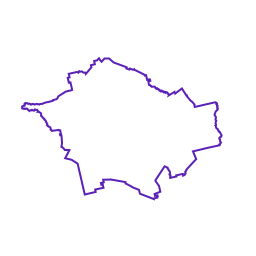 outline of Coonamble, New South Wales, Australia, rotated 159°
{"feature_id": "25037944B2591711256956", "entity_name": "Coonamble", "entity_type": "district", "adm_level": 2, "iso_a3": "AUS", "parent_name": "Australia", "parent_adm1": "New South Wales", "projection": "mercator", "projection_center": [148.081, -30.867], "detail": "fine", "context": "isolated", "style": "outline", "palette": "violet", "viewbox_px": 256, "rotation_deg": 159, "n_neighbors": 0, "source": "geoboundaries", "source_scale": "gbopen_adm2", "svg_char_len": 5618}
<svg xmlns="http://www.w3.org/2000/svg" viewBox="0 0 256 256"><g transform="rotate(159 128 128)"><path d="M49.0,79.1L48.9,79.5L48.6,79.3L48.5,79.5L48.1,79.6L48.0,79.8L47.8,80.0L47.7,80.3L46.5,81.0L46.7,81.5L46.6,82.0L46.8,82.3L46.7,82.9L46.4,83.3L46.4,83.8L46.6,84.7L46.6,85.0L46.2,85.0L46.1,86.1L45.1,86.5L44.7,86.5L44.4,86.7L44.1,86.6L43.3,87.4L43.4,88.5L43.6,90.1L43.6,90.6L43.9,91.4L44.2,91.6L44.3,91.9L44.1,92.0L44.3,92.4L44.6,92.6L44.6,93.0L44.4,93.1L44.7,93.9L44.7,95.0L45.0,95.1L45.6,96.5L45.4,98.2L45.5,98.8L45.3,98.8L45.1,99.1L44.7,99.3L44.6,99.6L44.6,100.1L44.6,101.1L42.9,103.4L43.4,104.4L42.0,106.6L42.5,109.3L40.2,112.0L39.3,112.3L39.0,112.6L38.4,112.7L38.3,112.9L37.9,113.3L37.7,113.5L37.5,113.4L37.3,113.8L37.5,113.9L37.4,114.1L37.6,114.6L37.4,114.9L37.4,115.1L36.9,115.5L37.1,115.8L37.0,116.4L36.8,116.3L36.4,116.7L36.4,117.0L36.4,117.3L36.6,117.3L36.5,117.5L36.5,117.9L36.7,118.0L36.7,118.3L36.8,118.4L36.7,118.5L36.7,118.8L36.4,119.0L36.5,119.1L36.4,119.2L36.4,119.7L36.6,119.7L36.5,119.9L36.8,120.1L37.0,120.1L37.4,120.8L58.1,123.7L57.8,126.0L57.5,126.2L58.8,129.7L59.6,130.7L60.0,131.8L61.5,136.2L61.4,137.4L61.9,137.4L63.5,145.6L71.4,143.3L71.3,143.7L71.6,143.9L71.7,144.5L71.9,144.7L71.8,145.0L78.0,143.9L77.8,144.1L78.0,145.2L78.0,145.4L78.4,145.4L78.5,145.6L78.3,145.8L78.4,146.2L78.7,146.6L78.7,147.1L79.2,147.2L79.5,147.8L79.8,148.0L80.1,147.8L80.1,148.1L80.5,148.2L80.8,148.7L81.4,148.6L81.5,148.2L81.8,148.3L82.1,148.8L81.9,149.1L82.1,149.7L82.5,149.6L82.8,150.1L83.2,150.1L83.2,150.4L83.5,150.2L83.9,150.3L84.0,150.6L84.3,150.6L84.3,151.0L84.7,151.2L84.6,151.5L85.2,151.8L85.1,152.3L85.3,152.3L85.3,152.5L85.6,152.7L85.6,153.1L85.8,153.2L85.8,153.4L86.1,153.4L86.3,153.5L86.5,154.0L86.5,154.3L86.8,154.5L86.8,154.8L87.0,154.8L87.3,154.6L87.4,154.8L87.6,154.8L87.6,155.0L87.7,155.5L88.1,155.7L88.0,156.2L88.2,156.9L89.0,157.4L89.4,157.5L90.1,157.6L90.6,158.0L91.2,158.1L91.4,158.5L91.3,158.9L91.4,159.2L91.8,159.3L92.0,159.7L92.1,160.2L92.9,160.7L92.3,164.3L90.3,164.0L90.1,165.3L90.8,165.4L90.8,165.8L92.9,166.1L92.2,170.8L93.6,171.0L93.5,171.8L100.2,179.1L101.4,180.1L101.3,180.6L102.0,180.5L102.3,180.8L102.6,180.7L105.0,182.8L105.8,182.1L108.0,184.0L107.6,184.2L107.5,185.2L117.9,194.3L120.8,199.7L125.1,201.3L128.9,199.3L129.6,201.0L129.9,202.4L130.0,203.4L130.3,203.5L132.5,202.2L135.6,202.7L136.1,199.4L140.1,199.9L140.4,197.8L148.0,193.6L147.9,194.7L148.0,195.0L148.4,195.3L149.3,195.4L149.9,195.8L150.7,197.3L151.0,197.5L151.4,197.5L152.8,197.8L153.2,198.5L154.5,197.4L155.5,198.6L163.9,199.8L164.4,196.2L166.3,196.4L166.9,192.3L166.6,192.3L166.7,191.2L165.4,191.1L166.3,184.6L166.6,183.5L167.0,183.5L173.1,184.3L181.5,182.6L182.6,181.8L183.0,181.2L184.4,180.5L187.6,180.9L187.6,180.5L187.9,180.4L191.5,180.6L192.1,180.8L192.9,180.8L195.5,181.3L198.1,181.4L199.4,181.2L201.0,181.8L201.7,181.8L202.4,181.7L202.6,182.1L203.2,182.3L203.4,182.5L204.1,182.9L204.4,182.8L204.8,183.3L205.9,183.4L206.7,183.3L207.1,183.6L207.2,183.9L207.9,184.2L208.0,184.5L208.6,184.5L208.9,184.8L209.7,184.5L210.2,184.9L210.6,184.9L210.7,185.5L211.6,186.2L212.2,186.1L212.9,186.6L212.9,186.9L213.3,187.4L214.3,187.6L214.5,188.0L214.8,188.2L215.4,187.7L216.0,187.6L216.1,187.4L215.7,187.3L215.7,187.0L216.0,186.8L216.5,185.9L218.1,186.2L218.7,185.9L219.1,186.0L219.3,185.5L219.3,185.2L219.7,184.5L219.5,184.4L219.6,184.1L219.0,183.7L218.9,183.5L218.1,183.1L218.1,183.3L217.7,183.3L217.0,182.7L216.6,182.8L216.3,182.5L215.5,182.4L215.1,182.0L215.0,181.3L214.8,180.7L214.3,180.1L214.0,179.2L212.8,179.5L212.5,179.3L211.9,179.3L211.6,179.0L211.1,179.3L210.8,178.9L210.4,178.7L210.3,178.4L209.4,177.8L208.5,178.2L208.3,178.7L208.0,178.6L207.4,177.9L206.4,177.6L206.3,177.1L206.0,176.6L206.0,176.3L206.2,176.2L206.2,175.8L206.5,175.5L205.7,175.3L205.5,175.2L205.4,174.8L205.0,174.5L204.8,174.1L204.0,173.0L204.2,171.6L204.8,170.7L204.8,170.4L204.2,169.8L204.0,169.1L204.1,168.7L203.9,168.3L203.9,168.1L203.6,167.6L203.3,167.5L203.1,167.1L203.2,166.6L202.8,166.1L203.0,165.7L202.7,165.3L202.5,165.0L202.3,164.6L202.4,164.3L202.2,163.7L202.3,163.6L202.2,162.5L202.3,162.4L202.2,161.7L202.1,161.4L201.9,161.2L202.1,160.9L202.0,160.6L202.2,160.2L202.2,159.6L202.4,159.5L202.0,159.1L201.9,158.8L202.1,158.4L201.6,157.7L201.4,157.5L201.1,157.4L200.9,157.1L200.4,156.5L200.3,155.5L200.8,154.5L200.6,154.2L200.7,153.9L200.2,153.5L200.1,152.6L193.3,151.0L193.1,150.9L193.1,150.4L192.1,150.0L192.3,149.5L192.7,146.5L193.8,146.6L193.9,145.5L192.8,145.3L193.0,144.0L195.0,137.6L196.6,134.7L196.5,134.4L196.8,134.2L196.0,133.3L196.0,132.9L195.4,132.1L195.4,131.6L195.1,131.0L194.8,130.1L194.0,129.8L193.6,129.8L193.2,129.3L192.8,129.3L192.4,129.1L190.8,128.7L190.5,128.4L191.1,127.9L197.5,122.3L192.0,118.5L187.8,112.8L192.2,81.4L181.1,79.9L180.7,82.3L172.3,81.0L171.8,84.3L173.2,84.5L173.0,86.4L170.1,86.0L169.7,88.6L163.0,86.2L162.9,86.3L149.7,78.4L150.2,77.2L145.4,71.8L145.2,71.2L139.9,66.3L140.4,62.4L129.5,52.5L129.4,53.0L125.5,52.5L125.3,53.7L124.7,53.7L124.6,54.6L127.1,54.9L126.8,56.9L120.7,56.9L119.8,62.7L121.3,68.6L121.2,69.3L117.7,71.8L117.6,72.0L117.4,72.0L107.6,79.1L105.2,76.8L105.3,76.3L105.5,76.2L105.6,75.9L105.1,75.1L105.0,74.8L105.2,74.0L104.6,72.7L104.6,72.2L104.8,72.0L104.8,71.2L105.1,70.5L106.0,69.8L105.9,69.4L105.3,68.6L105.7,68.1L105.6,67.3L106.5,66.8L106.5,66.3L100.2,65.4L100.0,66.5L93.3,65.5L93.6,63.8L93.1,63.9L92.6,63.8L92.3,64.1L92.0,64.1L91.8,64.3L91.5,64.2L91.3,64.5L90.7,64.8L90.7,65.2L90.4,65.4L90.4,65.8L90.2,66.1L90.3,66.6L90.2,66.7L89.1,67.2L88.7,67.5L88.7,67.8L88.4,68.2L78.3,73.2L75.5,74.5L75.7,82.9L59.2,80.7L49.0,79.1Z" fill="none" stroke="#5b21b6" stroke-width="2"/></g></svg>